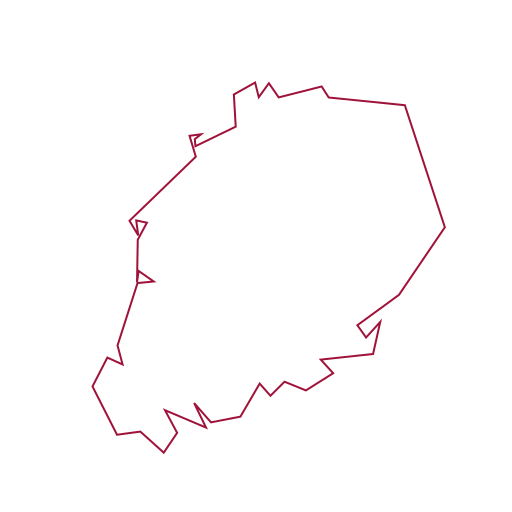 the Province of Hainan, rotated 166°
{"feature_id": "CHN-1775", "entity_name": "Hainan", "entity_type": "Province", "adm_level": 1, "iso_a3": "CHN", "parent_name": "China", "parent_adm1": "", "projection": "mercator", "projection_center": [109.857, 19.166], "detail": "coarse", "context": "isolated", "style": "outline", "palette": "rose", "viewbox_px": 512, "rotation_deg": 166, "n_neighbors": 0, "source": "natural_earth", "source_scale": "10m", "svg_char_len": 751}
<svg xmlns="http://www.w3.org/2000/svg" viewBox="0 0 512 512"><g transform="rotate(166 256 256)"><path d="M446.2,169.0L424.8,193.4L411.7,183.0L412.0,202.7L377.5,258.4L361.4,256.0L373.5,269.9L377.8,259.3L366.8,300.4L353.8,314.7L363.6,319.5L365.3,304.5L370.2,320.8L290.4,366.9L291.4,388.7L279.9,387.4L287.1,384.2L288.2,377.2L244.4,386.4L238.4,418.1L214.9,424.5L214.9,409.4L201.7,420.5L195.6,404.4L151.3,404.6L147.1,392.2L75.1,366.3L65.8,238.2L126.7,183.7L174.4,164.3L168.9,150.3L151.4,162.0L166.1,132.6L218.2,139.8L209.5,123.6L240.1,113.5L258.7,127.1L275.8,116.9L283.3,131.3L310.0,103.9L339.9,105.5L351.6,128.3L346.0,101.6L381.6,128.4L375.3,103.5L393.1,87.5L410.7,113.6L434.1,116.2L446.2,169.0Z" fill="none" stroke="#9f1239" stroke-width="2"/></g></svg>